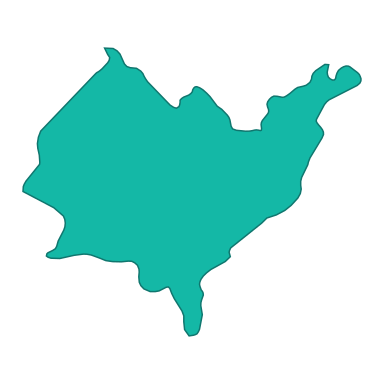 SVG path tracing the border of Azuay
{"feature_id": "ECU-1266", "entity_name": "Azuay", "entity_type": "Province", "adm_level": 1, "iso_a3": "ECU", "parent_name": "Ecuador", "parent_adm1": "", "projection": "mercator", "projection_center": [-79.036, -3.067], "detail": "fine", "context": "isolated", "style": "filled", "palette": "teal", "viewbox_px": 384, "rotation_deg": 0, "n_neighbors": 0, "source": "natural_earth", "source_scale": "10m", "svg_char_len": 2659}
<svg xmlns="http://www.w3.org/2000/svg" viewBox="0 0 384 384"><path d="M104.6,48.1L113.1,48.5L117.0,50.8L120.0,54.1L124.4,63.9L126.8,66.5L130.2,67.7L136.5,68.3L140.8,71.1L142.9,73.6L144.1,76.3L145.6,78.9L147.6,81.8L170.1,105.1L173.7,107.4L176.4,108.2L179.0,106.6L179.7,104.7L180.1,102.4L180.1,100.2L181.5,98.6L183.7,97.1L188.7,95.1L190.9,93.5L192.3,91.8L192.7,89.9L193.7,88.1L195.1,86.9L196.8,86.7L199.7,87.8L202.9,89.8L206.7,93.2L210.0,96.6L217.2,106.2L221.7,109.3L227.3,115.1L228.9,117.4L229.9,119.9L231.1,126.2L232.6,128.9L236.4,130.3L245.6,131.2L249.5,131.1L252.1,130.7L254.6,130.1L256.4,129.9L258.7,130.2L260.3,130.6L261.3,130.3L261.6,128.7L261.1,124.6L261.4,122.6L262.4,120.5L267.2,114.5L268.2,113.1L268.7,111.3L268.5,109.4L267.6,107.0L267.0,104.2L267.7,101.8L269.4,99.3L271.5,97.3L273.9,96.1L277.3,96.3L282.3,97.3L284.2,97.1L286.6,95.8L290.0,93.4L294.8,89.3L297.6,87.5L303.2,86.2L306.3,85.2L309.9,82.4L311.5,79.2L311.9,76.2L313.2,73.4L315.7,70.7L324.9,64.4L328.7,64.7L327.2,72.2L327.5,74.7L328.4,77.2L330.3,79.0L332.7,80.1L334.5,79.9L335.6,78.5L336.1,75.8L337.0,73.1L338.5,70.4L341.2,68.1L343.5,66.8L346.0,66.0L348.2,66.1L349.7,66.7L357.6,72.7L359.3,74.5L360.3,76.7L361.0,78.8L360.9,80.9L359.9,83.1L357.1,85.5L329.1,99.8L326.6,101.9L324.4,104.6L316.5,119.3L316.2,121.1L317.0,122.8L318.5,124.8L320.6,127.2L322.4,129.7L323.4,132.1L323.5,134.5L321.9,138.2L310.0,157.9L308.4,162.0L307.8,164.7L301.7,177.3L300.7,181.3L300.7,185.3L301.2,189.1L300.3,193.6L297.8,198.1L291.2,205.3L285.0,210.3L276.4,214.9L266.9,218.0L261.8,223.0L230.7,247.9L229.6,250.3L229.1,252.2L230.3,256.7L225.3,261.5L211.0,269.4L206.6,272.8L203.3,276.0L201.0,279.3L199.9,281.9L199.5,284.1L199.9,286.2L201.2,289.9L202.4,291.4L203.1,293.0L203.3,295.1L201.6,299.9L200.9,302.7L200.8,305.7L202.3,314.7L199.5,329.3L198.4,331.7L197.0,333.8L195.2,334.7L193.6,335.2L189.1,335.9L184.6,329.6L183.8,321.8L183.8,315.9L182.0,311.0L174.3,298.7L171.7,293.4L169.8,288.4L168.3,286.9L166.1,287.3L159.1,290.9L155.2,291.6L150.2,291.6L143.9,288.9L140.9,285.7L139.3,282.3L138.8,276.8L139.2,272.0L139.0,269.2L137.5,265.3L134.7,262.8L131.8,261.3L128.4,261.1L121.4,261.8L112.6,261.6L105.8,260.6L99.4,258.0L91.2,255.0L86.8,254.2L83.4,254.1L74.1,255.3L59.8,258.5L50.9,258.2L48.0,257.2L46.4,256.0L46.9,253.8L47.9,252.8L52.8,250.4L55.4,248.7L56.7,246.3L58.2,241.0L63.8,230.1L64.9,226.8L65.3,223.1L64.8,219.4L63.4,216.0L53.8,207.7L23.0,191.5L23.3,186.6L24.2,184.3L26.0,181.1L39.6,164.3L39.8,162.3L39.3,155.1L37.8,148.2L37.4,143.6L38.4,137.2L40.7,131.1L95.9,73.4L97.0,72.5L98.5,71.7L100.0,70.6L102.2,68.7L107.7,62.8L109.2,60.3L109.7,57.5L107.7,54.5L104.6,48.1Z" fill="#14b8a6" stroke="#0f766e" stroke-width="1.5"/></svg>